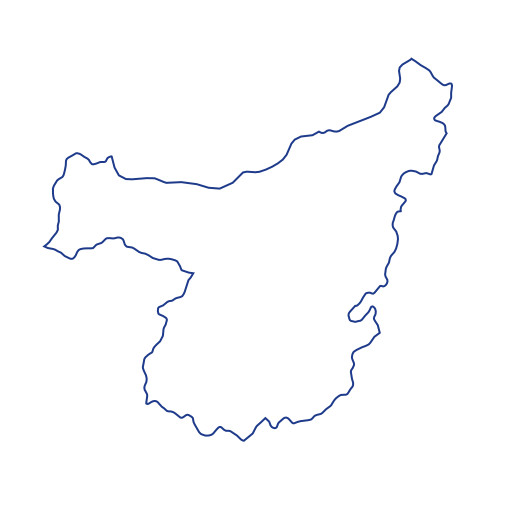 the District of Zajecarski, rotated 265°
{"feature_id": "SRB-844", "entity_name": "Zajecarski", "entity_type": "District", "adm_level": 1, "iso_a3": "SRB", "parent_name": "Republic of Serbia", "parent_adm1": "", "projection": "albers", "projection_center": [22.117, 43.747], "detail": "fine", "context": "isolated", "style": "outline", "palette": "blue", "viewbox_px": 512, "rotation_deg": 265, "n_neighbors": 0, "source": "natural_earth", "source_scale": "10m", "svg_char_len": 6025}
<svg xmlns="http://www.w3.org/2000/svg" viewBox="0 0 512 512"><g transform="rotate(265 256 256)"><path d="M367.7,120.9L356.4,122.8L348.3,126.4L344.0,133.1L343.2,139.3L343.1,153.8L342.3,161.6L341.3,163.8L337.8,170.5L336.7,173.0L336.1,188.0L332.7,203.3L328.1,214.8L326.3,225.7L331.0,239.2L340.4,250.4L340.8,254.3L339.5,262.6L339.6,266.8L341.2,273.3L343.5,279.8L346.4,285.9L349.7,291.1L354.2,295.3L364.9,301.1L368.6,304.8L371.1,311.3L371.4,322.8L374.4,329.5L373.0,331.8L372.7,333.6L373.1,335.4L374.3,337.2L374.7,338.4L374.9,339.6L374.7,340.9L373.3,344.6L372.9,347.1L373.2,349.6L377.7,358.7L384.6,382.4L388.0,391.9L393.0,396.6L405.1,402.2L407.6,404.8L412.7,411.6L416.2,414.2L420.1,415.1L427.9,414.6L431.3,415.6L434.0,418.6L438.1,427.1L439.0,428.0L436.4,431.4L431.7,436.8L428.5,441.4L425.8,444.8L424.1,445.9L419.8,447.8L418.3,448.7L411.0,456.2L410.2,457.3L409.7,458.4L409.7,460.1L410.8,463.1L411.0,464.0L410.8,465.3L410.2,465.9L408.9,466.1L407.8,466.0L401.4,464.6L396.6,464.2L390.5,461.1L389.1,459.8L387.1,457.0L383.4,453.6L379.9,447.5L378.9,446.2L377.8,445.5L376.9,445.5L375.8,446.0L375.3,446.7L373.5,451.0L372.2,453.4L371.2,454.5L370.2,455.2L369.5,455.6L367.5,455.8L364.0,455.7L362.9,456.0L361.6,456.6L350.4,448.3L348.9,447.8L344.7,448.2L343.1,447.8L339.5,445.9L336.4,445.0L334.7,444.2L330.7,441.2L322.4,438.0L322.2,437.7L322.1,436.8L323.7,433.2L323.7,431.9L323.3,428.9L323.6,426.8L326.2,422.7L327.3,418.9L327.5,417.1L327.3,415.3L326.4,412.5L325.2,410.2L323.3,408.2L322.3,407.5L316.9,405.3L313.1,402.0L310.1,400.0L309.0,399.6L308.1,399.5L306.7,400.0L306.0,400.5L304.1,403.1L302.7,405.8L300.5,409.2L299.7,409.9L298.3,410.1L297.4,409.6L293.4,405.6L292.3,404.8L289.7,404.1L288.0,404.1L287.9,401.5L287.6,400.6L286.3,399.3L283.9,397.9L279.9,396.4L277.0,395.1L274.8,394.8L272.9,395.0L272.1,395.3L268.2,397.8L263.7,398.9L260.4,398.9L255.5,397.8L251.2,396.2L247.9,394.2L244.7,390.8L243.3,389.8L241.9,389.1L237.9,387.9L234.4,385.5L232.2,384.3L226.4,383.0L224.2,383.3L220.7,384.8L219.0,384.7L217.4,384.1L215.6,382.6L214.9,381.4L214.6,380.0L215.4,377.7L215.2,376.9L209.1,370.9L208.3,369.5L208.4,368.6L209.6,366.2L209.6,363.9L209.3,362.5L208.7,361.7L205.0,358.8L201.6,356.6L199.8,355.0L198.0,352.7L197.6,351.6L197.6,350.8L197.7,350.5L192.1,344.5L190.8,343.5L189.6,343.1L188.4,343.0L185.5,343.5L184.1,343.9L183.3,344.6L183.0,345.2L181.8,348.9L181.8,349.8L182.2,351.9L182.4,354.2L183.0,355.5L183.5,356.1L187.3,359.8L190.1,363.0L191.8,364.3L195.0,366.1L195.6,367.2L195.6,367.8L195.1,368.6L193.9,369.6L192.6,370.2L190.3,370.5L187.6,370.0L184.9,368.4L183.2,368.0L181.5,368.6L176.4,371.3L168.7,372.6L165.2,366.9L159.5,362.2L158.1,360.6L156.8,357.3L156.0,354.1L153.7,348.1L152.5,345.8L151.8,344.8L150.8,344.1L149.2,343.3L146.7,342.7L145.0,342.9L140.8,344.2L139.1,344.2L136.3,342.8L133.8,340.8L132.3,340.4L125.3,340.9L121.3,341.7L119.1,341.5L117.5,340.8L114.9,338.3L111.7,336.0L110.5,334.9L110.0,333.5L110.2,328.9L110.0,327.9L109.1,326.0L107.3,323.3L105.8,321.7L104.1,320.3L100.7,317.8L99.9,316.8L97.3,312.5L93.8,308.3L93.2,307.2L92.9,306.1L92.4,302.8L91.8,300.9L91.4,300.2L88.9,297.5L88.3,296.5L87.9,294.0L87.6,286.0L87.1,283.1L86.0,279.2L86.1,278.6L86.4,277.9L87.0,277.3L90.6,274.6L91.8,273.4L92.4,272.0L92.4,270.9L91.9,269.4L88.1,264.2L87.1,263.4L83.8,261.8L83.3,261.3L82.8,260.1L82.9,259.4L83.5,257.9L84.4,256.7L86.1,255.7L89.2,254.9L90.2,254.4L93.7,251.2L89.8,246.3L86.6,242.0L85.1,240.8L79.5,237.3L73.0,227.8L73.5,226.5L74.5,225.1L78.8,221.4L83.6,215.4L84.2,213.9L84.4,211.6L84.6,210.7L85.6,209.1L88.4,206.5L88.8,205.6L88.8,204.7L88.4,203.7L86.7,201.7L82.8,197.8L81.8,196.0L81.3,193.4L81.4,190.7L81.7,189.4L82.9,186.7L83.7,185.4L85.6,183.9L93.6,180.2L96.1,179.3L99.9,179.0L101.3,178.0L103.1,175.6L103.6,174.6L103.8,173.9L103.7,172.9L103.4,172.2L101.8,169.5L101.4,168.5L101.4,167.3L101.8,166.4L106.0,162.1L107.7,159.9L108.6,157.5L108.9,155.1L109.5,153.7L112.3,151.1L114.1,149.0L119.1,145.2L119.8,144.3L120.2,143.3L120.4,142.6L120.3,140.8L119.7,139.1L118.2,136.1L118.0,135.0L118.5,134.0L118.9,133.8L125.4,135.3L127.2,135.5L128.4,135.2L132.6,133.4L134.7,133.3L136.4,133.8L140.1,135.8L142.4,136.3L143.8,136.4L146.7,136.0L151.7,134.2L154.2,133.6L155.2,133.6L163.1,135.8L164.6,136.9L166.7,139.6L167.9,141.6L168.9,143.8L169.6,144.4L172.8,145.7L174.1,146.7L176.1,148.8L179.2,152.8L179.8,153.3L184.6,156.3L191.2,157.5L192.8,158.2L195.5,160.0L199.8,161.6L200.9,161.6L201.8,161.2L202.4,160.7L204.3,158.2L206.3,154.5L207.0,153.8L209.5,153.4L212.4,153.9L213.0,154.3L213.6,155.1L214.9,159.2L217.8,163.4L218.3,164.5L218.6,165.5L218.8,168.6L220.7,172.0L221.2,173.9L221.7,177.2L222.5,179.1L224.5,180.7L226.4,181.8L237.8,186.6L240.4,189.2L244.3,192.0L245.3,187.6L248.2,181.0L248.9,180.4L252.5,179.4L257.0,177.3L257.6,176.9L258.7,175.2L260.1,171.7L260.8,169.2L261.0,167.8L261.0,164.9L260.4,161.0L260.6,158.9L263.0,153.0L266.2,148.9L267.4,146.9L268.1,145.5L269.0,142.3L270.2,139.9L273.7,135.7L275.2,133.5L276.5,128.2L277.7,127.0L279.0,126.3L282.9,125.4L284.3,124.8L285.6,123.2L286.2,121.9L286.5,119.8L285.9,116.1L286.0,115.0L286.6,111.4L286.7,109.1L286.3,108.0L285.7,107.2L283.2,104.3L282.8,103.6L282.4,102.9L281.4,98.6L280.8,97.5L278.5,94.9L278.1,94.3L278.0,92.8L278.3,89.3L278.5,84.9L278.2,82.0L277.8,80.7L277.3,79.8L275.8,78.4L272.1,76.3L270.6,75.0L269.5,73.6L269.2,72.4L269.4,71.1L269.8,70.2L272.6,65.5L276.4,61.9L277.8,59.3L279.9,56.3L280.8,54.1L281.4,51.7L282.2,49.1L284.0,45.9L286.0,48.9L288.0,51.4L291.4,54.2L296.6,59.2L299.3,60.9L303.6,61.2L307.6,62.6L314.3,63.1L319.6,64.8L321.8,65.0L323.9,64.6L324.7,64.1L327.6,61.1L330.4,59.7L332.9,59.3L335.6,59.2L341.0,59.6L343.6,60.8L348.5,64.4L349.7,66.1L351.3,69.5L351.8,70.2L353.1,71.2L355.5,72.2L359.1,73.4L362.9,74.4L367.3,75.0L368.7,75.6L369.4,76.3L370.4,77.8L371.9,81.3L373.6,84.8L374.0,85.7L374.0,86.7L373.8,87.4L373.2,89.0L372.4,90.4L369.7,93.6L367.7,96.6L366.3,97.9L363.9,99.0L362.1,100.3L361.7,100.8L361.5,102.2L362.0,105.0L363.0,108.3L363.2,109.3L362.9,112.8L363.0,113.8L363.4,114.6L365.8,116.1L366.7,116.9L367.4,118.4L367.9,120.5L367.7,120.9Z" fill="none" stroke="#1e3a8a" stroke-width="2"/></g></svg>